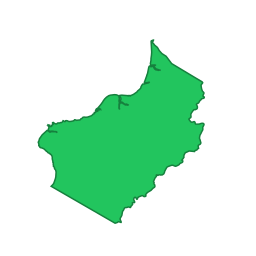 outline of Santa Cruz, rotated 210°
{"feature_id": "ARG-1271", "entity_name": "Santa Cruz", "entity_type": "Province", "adm_level": 1, "iso_a3": "ARG", "parent_name": "Argentina", "parent_adm1": "", "projection": "mercator", "projection_center": [-69.587, -49.195], "detail": "fine", "context": "isolated", "style": "filled", "palette": "green", "viewbox_px": 256, "rotation_deg": 210, "n_neighbors": 0, "source": "natural_earth", "source_scale": "10m", "svg_char_len": 5761}
<svg xmlns="http://www.w3.org/2000/svg" viewBox="0 0 256 256"><g transform="rotate(210 128 128)"><path d="M86.8,71.7L87.4,71.4L87.7,70.7L87.7,70.0L87.5,69.3L87.2,68.7L85.5,67.6L85.1,67.1L85.2,66.6L86.4,65.9L86.8,65.4L85.8,64.1L86.1,62.1L86.4,61.6L86.4,61.4L86.1,60.8L86.1,60.5L86.4,60.2L87.8,60.0L88.2,59.9L89.3,58.5L90.3,57.9L90.9,57.3L91.0,56.4L90.8,54.5L91.0,53.2L90.9,52.7L89.7,49.4L89.6,48.5L89.6,46.3L89.5,45.5L89.2,45.0L86.9,43.2L86.8,42.8L87.2,42.6L89.0,42.3L89.4,42.1L90.2,40.6L91.6,39.1L165.4,39.1L164.7,41.7L164.7,43.4L165.5,47.6L166.1,49.6L168.3,54.0L169.8,55.5L171.3,56.0L171.7,56.8L172.4,57.3L173.2,57.4L173.6,57.7L173.9,58.5L174.5,59.0L175.4,60.7L176.0,60.8L176.1,61.2L178.1,63.3L179.1,65.0L179.8,65.7L181.4,66.5L182.1,66.4L182.7,66.8L183.4,66.6L183.8,66.8L184.9,66.6L186.1,67.1L187.1,67.0L187.6,67.3L190.5,67.9L192.5,67.7L193.6,67.3L194.5,67.2L195.6,68.0L196.3,68.0L196.7,68.5L196.9,69.2L198.7,70.9L198.5,71.4L199.3,74.6L199.1,76.4L198.9,79.1L196.9,85.4L196.5,85.6L196.0,85.6L193.5,85.3L192.4,86.6L190.3,87.7L189.1,88.5L188.7,88.6L187.0,88.6L187.9,89.0L188.6,88.9L190.0,88.1L191.5,87.7L193.2,86.7L193.7,86.1L194.6,86.0L195.9,86.1L196.2,86.5L196.8,89.1L197.2,89.6L198.4,89.9L197.9,90.3L197.8,90.6L198.4,90.9L197.1,91.3L196.9,90.8L195.9,90.5L195.4,90.7L195.1,91.3L195.0,91.8L195.4,92.1L195.2,92.8L195.1,93.0L195.0,93.4L194.7,93.6L194.7,93.9L195.2,94.3L195.9,94.5L196.0,94.9L195.6,95.4L195.1,95.5L194.9,95.2L194.6,95.0L194.3,95.2L193.0,95.3L192.1,95.7L191.7,96.0L191.6,96.7L191.2,97.4L189.8,98.0L189.3,98.9L188.6,99.2L188.3,99.5L188.0,100.1L187.7,101.1L187.9,101.9L187.7,102.0L186.0,101.9L185.6,102.3L185.7,102.6L185.6,103.2L185.0,103.6L184.2,103.9L182.3,104.1L181.5,104.7L180.5,105.3L180.1,105.8L179.4,106.3L178.9,107.0L178.5,107.3L178.4,108.4L177.5,108.8L176.2,109.0L175.2,109.9L173.9,110.7L173.5,111.2L173.3,112.6L172.6,113.4L172.4,114.7L171.5,115.5L170.1,116.1L168.6,117.1L165.9,120.2L165.5,121.0L165.1,122.7L164.5,123.3L164.4,124.0L164.8,124.2L164.9,124.7L164.2,125.1L163.8,125.9L163.7,126.6L163.2,127.1L162.7,127.3L163.2,128.1L163.0,128.5L162.2,129.0L162.4,129.2L162.4,129.6L161.9,130.1L160.9,130.3L161.2,130.6L162.8,130.6L163.3,130.0L163.6,129.1L163.5,128.3L163.8,127.9L163.9,127.1L164.4,126.6L164.7,126.7L164.9,127.1L164.9,128.7L164.1,130.2L163.3,134.6L162.9,138.4L163.0,138.8L162.7,141.5L162.0,144.0L160.8,146.4L159.7,147.6L156.4,150.1L154.7,150.9L153.1,151.2L151.6,151.0L151.0,150.0L150.6,149.8L150.2,149.1L149.4,147.1L149.0,146.5L148.4,146.0L148.0,145.3L147.5,143.7L147.0,143.0L145.9,140.8L145.2,140.2L144.4,140.0L145.5,140.8L145.8,141.1L145.9,141.5L147.0,143.7L147.3,144.9L147.3,145.6L146.4,146.3L145.6,146.8L145.1,146.8L144.3,146.6L143.2,146.8L141.9,146.6L141.2,147.1L140.6,147.4L140.1,147.4L139.4,147.9L139.4,148.1L139.5,148.1L141.2,148.0L141.8,147.4L142.5,147.1L143.9,147.1L145.6,147.5L147.2,146.8L147.7,147.1L147.8,147.6L148.4,148.1L148.5,149.4L148.8,149.9L149.7,150.8L150.2,150.8L150.5,151.0L150.7,151.3L151.2,151.5L151.5,151.9L151.2,152.4L150.6,152.7L149.9,153.3L144.4,155.9L143.9,155.8L143.4,156.3L143.4,156.7L142.6,156.9L142.3,156.8L141.9,157.0L141.8,157.7L141.5,157.9L140.1,159.8L138.3,163.6L138.2,164.8L137.4,167.0L136.9,168.8L137.0,169.2L137.3,170.0L137.4,171.8L137.3,172.7L137.2,173.4L135.9,174.3L134.9,175.4L133.4,176.7L132.6,177.6L132.2,178.6L134.4,176.6L136.1,175.6L136.6,175.6L136.8,176.1L136.8,176.6L137.7,181.5L137.8,182.4L138.1,183.0L138.2,184.2L138.5,185.5L140.3,190.7L140.5,191.9L140.3,192.4L140.0,192.8L139.3,192.5L138.8,192.5L138.4,192.8L137.8,193.6L137.5,193.7L136.5,193.6L134.5,192.4L132.8,192.3L132.1,192.7L130.6,193.0L129.8,193.8L128.5,194.3L132.4,193.4L133.3,193.3L134.1,193.4L136.8,194.6L136.7,195.1L135.7,195.9L135.7,196.1L136.1,196.1L137.9,195.1L139.1,194.0L139.7,193.9L140.1,194.2L140.8,194.9L142.0,198.2L142.8,199.6L144.1,202.8L145.4,205.5L151.2,214.4L151.4,214.9L151.2,215.4L150.4,216.3L150.2,216.8L149.9,216.9L149.8,216.6L149.9,216.2L149.7,215.6L149.7,214.5L149.6,214.2L147.4,213.6L146.5,213.1L142.9,212.5L139.5,210.6L135.8,209.4L130.9,209.2L122.4,205.6L86.7,205.0L85.9,204.5L86.0,203.2L86.2,202.3L86.0,201.4L85.6,200.8L83.9,198.8L82.7,197.7L81.8,197.1L80.1,196.6L79.8,196.3L79.5,195.7L79.4,194.1L79.2,193.6L78.9,193.1L77.4,192.9L77.1,192.2L77.6,191.3L78.9,190.0L78.9,188.9L79.3,188.0L79.4,187.5L79.4,185.2L79.5,184.8L80.5,183.3L80.6,182.8L80.3,182.4L78.9,181.5L78.3,180.8L77.9,179.8L77.9,179.2L78.0,178.8L79.1,177.3L79.9,177.0L80.2,176.4L80.4,175.1L80.6,172.6L80.5,171.5L80.1,170.7L79.1,169.3L78.9,168.8L78.9,168.4L79.7,166.6L79.7,166.1L78.3,165.3L76.1,164.7L75.3,165.1L74.0,166.6L73.2,166.6L72.8,166.4L71.9,165.4L71.5,165.2L71.1,165.3L68.9,166.6L68.2,167.1L66.9,168.6L66.1,169.2L65.3,169.6L64.6,169.6L63.9,169.0L63.7,168.0L63.7,166.9L63.6,165.9L62.6,164.4L62.4,163.9L62.3,163.5L62.3,161.8L62.1,159.7L62.1,158.0L61.9,157.1L61.2,155.3L60.8,154.6L59.7,153.8L57.5,151.6L57.3,150.9L57.4,150.0L58.4,148.3L58.4,147.9L58.0,147.1L56.7,145.7L56.8,145.4L57.3,144.7L57.4,143.4L58.3,142.4L58.7,141.7L58.6,140.9L63.5,138.7L66.0,135.2L66.0,132.9L65.6,131.5L64.9,130.6L65.1,128.3L65.3,127.1L64.1,126.9L63.8,126.3L63.7,125.7L64.0,125.0L65.1,123.5L65.3,123.1L65.4,122.0L65.7,121.3L66.9,119.5L67.6,118.7L68.5,118.4L70.3,118.2L71.1,117.9L71.8,117.3L74.0,114.7L74.5,114.0L74.7,113.1L74.7,112.0L74.6,109.1L74.2,107.6L74.1,106.2L74.8,104.6L76.2,103.6L77.4,103.2L77.7,103.0L78.5,101.8L79.0,101.7L79.5,101.9L79.9,101.4L79.3,100.1L79.6,98.1L79.2,94.8L79.0,94.2L78.2,93.9L78.1,93.7L77.9,93.0L77.6,92.6L76.6,92.2L76.0,91.6L75.5,90.9L75.4,90.0L76.2,88.4L76.9,85.5L78.6,82.5L79.0,81.6L79.4,79.2L79.4,78.8L78.5,78.2L78.7,77.5L79.3,76.9L80.0,76.6L81.4,76.7L81.8,76.6L82.1,76.4L84.2,73.8L84.5,73.1L84.7,72.7L84.4,71.2L84.5,70.9L84.7,70.7L85.1,70.8L86.2,71.5L86.8,71.7Z" fill="#22c55e" stroke="#15803d" stroke-width="1.5"/></g></svg>